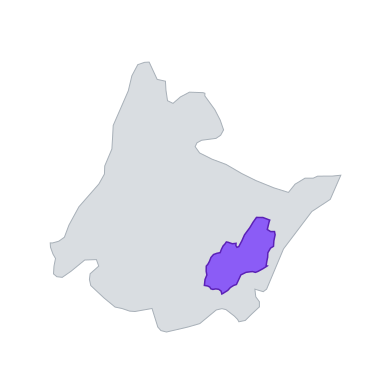 Cetinje highlighted on a map of Montenegro, rotated 261°
{"feature_id": "MNE-1500", "entity_name": "Cetinje", "entity_type": "Municipality", "adm_level": 1, "iso_a3": "MNE", "parent_name": "Montenegro", "parent_adm1": "", "projection": "natural_earth1", "projection_center": [18.874, 42.501], "detail": "fine", "context": "in_parent", "style": "filled", "palette": "violet", "viewbox_px": 384, "rotation_deg": 261, "n_neighbors": 0, "source": "natural_earth", "source_scale": "10m", "svg_char_len": 2053}
<svg xmlns="http://www.w3.org/2000/svg" viewBox="0 0 384 384"><g transform="rotate(261 192 192)"><path d="M163.9,44.0L163.5,46.2L164.2,52.6L167.3,58.9L178.6,65.3L195.1,78.0L214.5,101.3L223.4,108.3L231.4,109.9L247.0,119.6L257.9,122.0L270.1,124.6L301.9,144.9L316.2,150.8L326.3,158.4L327.5,165.5L327.0,170.0L308.7,175.2L305.6,183.1L296.7,182.2L286.0,182.1L282.5,187.1L287.7,195.4L291.0,205.1L288.4,218.4L287.5,220.2L284.9,219.7L269.8,227.4L258.6,231.1L248.4,232.9L243.6,229.2L241.2,224.1L241.6,209.5L239.8,204.6L236.3,202.2L229.4,205.6L221.3,216.9L213.8,230.1L202.6,243.8L193.3,256.9L183.3,273.5L176.5,287.2L183.6,295.0L188.0,305.8L186.7,313.9L188.0,318.6L185.8,332.7L185.3,341.6L163.1,327.4L154.0,307.3L121.5,273.5L84.4,250.5L82.4,246.8L84.5,242.4L86.2,238.9L78.5,238.6L73.1,241.4L68.0,240.6L62.2,232.0L56.8,224.5L56.5,218.0L59.0,217.1L62.7,214.5L70.5,207.2L72.1,203.3L71.7,197.5L60.8,179.1L59.3,167.1L57.7,144.9L60.0,139.6L64.0,137.1L83.2,134.3L82.9,117.0L84.1,111.8L87.9,104.6L90.4,98.0L101.0,88.6L115.4,77.4L121.7,77.0L127.2,78.6L133.4,88.3L140.2,87.0L141.6,75.4L132.7,60.2L128.0,50.5L129.5,45.2L132.8,42.4L140.4,44.1L147.7,46.8L152.4,45.0L159.6,43.6L163.9,44.0Z" fill="#d9dde1" stroke="#a8b0b8" stroke-width="1"/><path d="M97.8,189.6L103.6,191.2L107.7,193.7L111.5,193.6L116.6,194.5L118.1,196.3L120.8,198.4L124.4,200.5L126.9,203.5L127.6,207.1L127.6,207.4L127.7,210.3L130.8,212.1L133.9,214.3L135.5,216.4L137.3,218.1L136.7,219.8L134.6,223.7L134.4,227.5L132.3,226.9L130.3,227.8L130.8,229.7L136.1,233.7L141.4,237.1L144.5,240.2L147.7,243.5L152.6,247.6L156.8,251.7L155.7,258.1L152.1,264.4L150.2,263.4L143.2,260.5L140.6,263.5L140.0,267.3L136.7,267.4L130.9,265.2L125.6,264.0L124.3,260.8L120.1,257.4L115.6,256.5L112.3,255.2L107.7,253.7L107.2,254.7L105.2,250.2L103.2,244.6L102.7,242.0L103.9,239.5L104.1,237.2L104.2,232.8L102.5,227.3L97.1,223.7L93.7,221.4L93.2,218.6L91.7,215.0L89.2,211.9L86.9,206.5L86.6,205.5L89.6,205.2L91.7,203.2L92.6,200.3L92.5,197.4L93.4,195.5L95.3,194.7L96.7,192.8L97.8,189.6Z" fill="#8b5cf6" stroke="#5b21b6" stroke-width="1.5"/></g></svg>